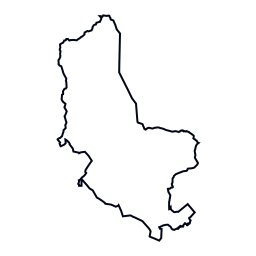 outline of Līdumnieku pag., Ciblas, Latvia
{"feature_id": "27541924B2315462302714", "entity_name": "Līdumnieku pag.", "entity_type": "district", "adm_level": 2, "iso_a3": "LVA", "parent_name": "Latvia", "parent_adm1": "Ciblas", "projection": "orthographic", "projection_center": [28.057, 56.586], "detail": "fine", "context": "isolated", "style": "outline", "palette": "ink", "viewbox_px": 256, "rotation_deg": 0, "n_neighbors": 0, "source": "geoboundaries", "source_scale": "gbopen_adm2", "svg_char_len": 5610}
<svg xmlns="http://www.w3.org/2000/svg" viewBox="0 0 256 256"><path d="M64.4,107.2L66.5,111.0L66.7,111.4L65.0,115.8L64.9,115.9L64.6,116.1L64.6,116.6L64.8,117.0L66.2,121.8L66.4,122.1L66.3,123.0L65.8,124.2L65.3,125.0L65.3,125.3L65.6,126.9L65.6,127.3L65.7,127.9L65.7,128.0L64.7,129.1L64.2,129.6L63.8,129.9L63.6,130.4L63.3,132.2L62.6,134.1L62.2,135.7L62.0,136.2L61.2,136.8L60.5,137.7L59.2,138.2L57.9,139.0L57.6,139.3L57.6,139.6L60.1,142.5L59.6,143.4L60.0,144.9L60.7,146.2L63.6,145.0L64.6,144.3L65.7,143.1L65.4,139.5L66.5,140.1L69.0,142.5L69.2,142.9L69.7,143.9L69.6,144.3L72.8,148.6L73.4,151.5L78.9,152.7L79.1,153.2L81.0,152.3L84.9,151.8L88.5,155.7L91.8,160.8L90.4,162.7L88.0,166.2L85.6,170.0L85.4,170.7L85.3,172.0L86.2,173.0L85.0,174.8L83.9,176.0L82.5,177.1L82.0,177.4L81.9,177.6L81.0,178.6L80.6,179.4L78.8,180.3L78.9,180.6L79.1,181.1L78.8,182.5L78.2,183.9L79.1,184.6L79.0,185.8L81.5,185.8L81.5,180.9L82.1,179.7L86.8,185.0L89.6,188.5L92.7,190.3L96.9,197.6L98.8,198.6L102.1,200.8L104.9,202.9L105.2,203.6L105.7,203.8L111.1,204.6L115.8,206.7L118.4,205.5L118.6,205.2L121.2,211.0L122.1,213.9L122.9,216.3L130.6,215.4L132.9,216.7L135.1,217.6L142.4,221.1L148.8,228.3L149.6,229.4L150.6,231.2L150.4,232.6L150.3,233.0L149.6,236.4L149.8,236.6L151.8,237.5L153.0,237.9L159.2,240.6L161.2,238.1L161.6,229.0L160.0,228.8L159.2,227.2L161.7,226.2L162.9,225.5L163.7,225.3L166.7,224.7L168.1,224.8L168.6,225.3L170.5,226.6L171.7,228.7L172.5,229.5L173.8,229.6L174.2,229.9L175.9,229.0L176.3,228.9L177.0,228.5L177.3,228.6L177.8,228.9L178.2,228.8L178.3,228.7L178.4,228.4L178.3,228.2L178.2,228.0L178.2,227.9L178.4,227.8L178.9,227.9L179.2,227.5L179.1,227.3L178.9,227.1L179.2,226.9L179.5,226.8L179.7,226.4L180.0,226.4L180.4,225.9L180.6,226.0L180.5,226.7L180.8,226.9L181.4,226.4L181.8,226.3L182.0,226.2L182.4,226.5L182.7,226.6L183.1,226.6L183.3,226.2L183.2,225.6L183.2,225.4L184.0,224.3L184.4,224.2L185.0,223.2L185.3,223.3L185.6,223.6L185.8,224.0L186.4,224.2L186.6,224.3L187.0,224.8L187.0,225.2L187.2,225.3L187.7,225.1L187.8,225.0L187.9,224.7L187.7,224.4L187.7,224.2L187.6,223.9L187.7,223.7L187.9,223.5L188.2,223.3L188.8,223.4L188.9,223.6L189.1,223.8L189.6,223.6L189.8,223.2L189.7,222.9L190.0,222.3L190.0,221.8L190.1,221.6L190.3,221.0L190.6,220.6L190.5,220.2L190.1,220.0L189.7,219.5L189.1,218.1L189.2,217.9L190.5,217.0L194.7,212.4L187.7,204.1L178.2,211.9L177.0,211.7L174.6,212.2L174.1,212.1L173.6,211.8L172.6,210.9L171.9,210.4L171.0,209.4L170.8,208.8L170.6,206.9L170.3,207.2L169.8,208.6L169.5,209.1L169.2,209.2L169.2,208.5L169.1,207.0L169.1,205.3L169.1,204.4L169.1,202.6L169.2,201.4L169.4,201.1L169.7,198.9L169.9,198.4L169.9,197.7L170.2,196.3L170.3,195.5L170.3,195.2L169.9,194.5L168.4,191.9L168.1,190.1L167.8,189.0L167.9,188.8L169.9,188.7L170.2,188.5L171.1,187.6L172.2,187.5L172.6,187.4L172.8,187.2L172.8,186.9L172.8,186.6L172.0,185.1L171.8,184.0L171.9,183.7L172.3,183.0L172.5,182.4L172.6,178.4L172.9,178.0L173.5,177.4L173.6,177.2L173.8,176.4L174.1,175.8L175.6,174.4L176.0,174.1L182.3,171.6L183.1,171.3L185.9,170.9L186.6,170.8L187.2,170.3L187.4,169.9L187.4,169.5L187.5,169.2L187.9,168.7L188.1,168.6L191.7,168.3L193.8,167.8L195.0,166.9L197.0,164.9L197.7,163.7L197.9,163.3L197.9,163.0L197.8,162.5L197.4,162.1L196.0,159.7L195.0,158.0L194.8,157.5L194.9,157.1L195.3,155.9L195.4,154.9L194.7,151.1L194.8,150.4L195.4,148.6L195.6,147.2L196.1,145.6L197.0,144.2L198.5,143.0L198.1,142.9L197.5,142.2L196.5,140.5L195.6,140.2L195.1,139.4L194.7,139.2L193.9,138.9L193.4,138.4L193.8,136.5L193.7,136.0L193.6,135.5L190.0,132.9L189.6,132.8L188.8,131.9L188.3,131.9L187.2,131.4L186.8,131.4L186.6,131.1L186.1,131.1L185.7,131.2L185.6,131.4L185.5,131.5L184.9,131.4L184.3,131.2L183.7,131.4L183.3,131.0L182.8,130.8L182.7,130.6L182.8,130.5L182.5,130.4L182.2,130.6L181.9,130.4L181.6,130.4L181.4,130.6L181.1,130.6L181.0,130.8L180.3,131.0L179.9,131.5L178.9,132.0L177.1,131.5L175.5,131.2L174.3,131.3L173.2,131.6L171.8,131.6L170.2,131.1L166.8,130.2L165.5,129.8L164.3,129.2L162.4,128.5L160.8,128.2L159.5,127.8L159.1,127.6L157.9,127.4L154.6,127.8L153.6,128.2L152.7,128.5L151.5,128.4L149.3,127.8L148.5,127.8L147.6,128.1L147.1,128.4L145.8,129.5L145.4,129.6L144.8,128.9L144.4,128.9L143.5,126.5L143.1,126.0L143.1,125.7L143.0,125.2L142.5,124.2L141.7,123.8L139.3,123.0L138.2,122.8L137.9,122.3L137.5,121.9L137.4,121.1L136.0,103.6L132.0,98.3L127.7,89.4L119.2,72.5L119.3,65.1L120.0,33.5L116.7,29.3L115.4,25.2L113.4,20.6L113.1,20.3L110.7,19.5L110.4,18.0L109.7,17.0L109.5,16.1L109.3,15.8L108.9,15.6L106.5,15.9L103.2,15.4L102.4,16.7L100.6,16.1L99.9,16.1L100.0,16.2L99.9,16.3L101.1,17.6L101.3,18.2L101.0,19.6L100.1,21.1L100.0,21.7L99.6,21.9L96.8,22.6L96.4,22.8L96.3,23.1L96.2,23.5L96.0,24.3L95.9,24.5L94.7,24.7L94.2,24.9L93.6,25.4L92.5,27.3L92.5,28.5L91.5,30.4L88.2,31.4L87.3,31.0L84.7,32.5L84.4,33.4L84.5,34.1L84.5,34.4L84.4,34.6L83.1,35.7L82.7,36.1L82.3,36.4L81.3,36.8L79.9,38.1L77.1,39.9L76.8,40.2L76.4,40.3L73.7,39.9L70.4,40.1L69.8,40.4L69.4,40.5L68.9,40.1L67.9,39.0L66.5,39.0L66.0,39.3L65.8,40.2L65.6,40.4L64.2,40.5L63.2,42.6L62.6,42.8L60.1,44.3L60.0,44.5L60.3,47.4L60.3,47.8L59.8,49.2L59.7,49.9L59.8,50.1L60.4,50.9L60.5,51.1L60.3,52.6L60.1,53.9L60.1,54.3L60.2,55.0L60.4,56.0L60.2,56.9L59.5,58.8L59.4,59.0L59.0,59.3L58.5,60.1L58.5,60.8L58.7,63.2L58.5,63.7L58.5,64.1L59.4,65.4L59.7,65.7L60.7,65.9L61.3,66.3L62.8,71.1L63.5,73.5L65.7,77.6L66.2,78.3L66.3,78.7L66.2,79.4L66.1,79.9L65.9,80.7L66.3,81.9L66.6,87.4L66.4,87.8L65.7,88.6L64.7,88.7L64.4,88.9L63.0,91.3L63.1,93.2L63.2,93.7L63.1,94.2L62.3,94.5L62.0,94.8L61.8,97.9L61.6,99.1L61.8,99.8L63.1,101.9L63.8,102.5L65.3,103.6L65.5,103.8L65.5,104.0L65.1,105.3L64.7,106.6L64.5,106.9L64.4,107.2Z" fill="none" stroke="#020617" stroke-width="2"/></svg>